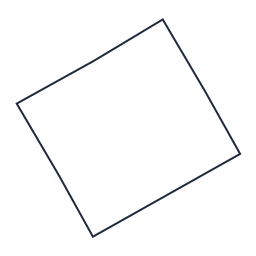 the district of Shiawassee, Michigan, United States of America, rotated 241°
{"feature_id": "52423323B51018446031441", "entity_name": "Shiawassee", "entity_type": "district", "adm_level": 2, "iso_a3": "USA", "parent_name": "United States of America", "parent_adm1": "Michigan", "projection": "albers", "projection_center": [-84.175, 42.954], "detail": "fine", "context": "isolated", "style": "outline", "palette": "slate", "viewbox_px": 256, "rotation_deg": 241, "n_neighbors": 0, "source": "geoboundaries", "source_scale": "gbopen_adm2", "svg_char_len": 265}
<svg xmlns="http://www.w3.org/2000/svg" viewBox="0 0 256 256"><g transform="rotate(241 128 128)"><path d="M49.9,44.6L50.0,49.6L51.0,213.5L123.2,213.2L206.1,211.0L203.3,130.1L203.3,42.5L119.8,44.6L49.9,44.6Z" fill="none" stroke="#1e293b" stroke-width="2"/></g></svg>